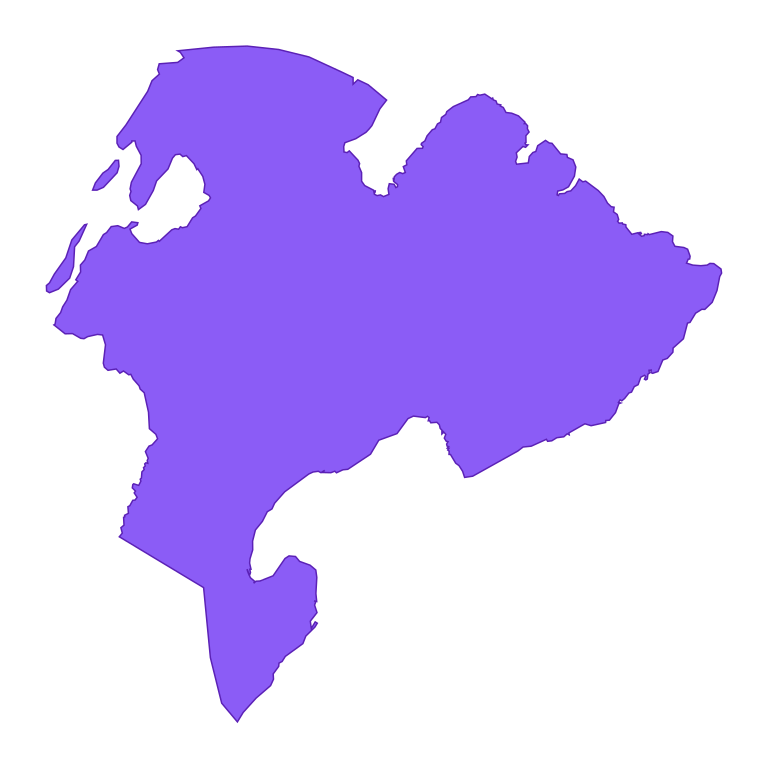 Buton, Sulawesi Tenggara, Indonesia (Albers equal-area conic projection)
{"feature_id": "22746128B86741169633217", "entity_name": "Buton", "entity_type": "district", "adm_level": 2, "iso_a3": "IDN", "parent_name": "Indonesia", "parent_adm1": "Sulawesi Tenggara", "projection": "albers", "projection_center": [122.919, -5.369], "detail": "fine", "context": "isolated", "style": "filled", "palette": "violet", "viewbox_px": 768, "rotation_deg": 0, "n_neighbors": 0, "source": "geoboundaries", "source_scale": "gbopen_adm2", "svg_char_len": 6071}
<svg xmlns="http://www.w3.org/2000/svg" viewBox="0 0 768 768"><path d="M386.6,100.1L368.1,84.7L357.8,79.8L353.1,84.2L353.1,77.5L342.9,72.6L309.1,57.0L278.7,49.5L247.2,46.1L213.4,47.2L177.7,50.8L180.3,52.3L184.0,57.8L177.7,62.4L159.2,63.8L157.6,69.6L159.4,74.1L152.0,80.7L147.7,91.3L125.9,125.0L117.0,136.5L117.0,143.2L119.0,147.0L123.0,149.5L131.8,142.2L131.8,141.0L135.0,140.9L136.3,146.2L141.1,155.3L141.2,163.8L131.4,182.2L130.1,188.9L131.0,191.4L129.7,195.4L130.8,200.6L137.5,206.0L138.4,209.6L145.5,204.4L153.3,190.5L156.6,180.9L168.0,169.0L172.5,158.1L175.4,154.7L180.0,154.1L182.8,156.6L186.4,155.6L194.0,163.7L196.8,169.6L197.8,168.7L202.8,176.4L204.9,184.3L203.8,192.4L209.1,195.4L210.5,197.9L208.5,200.9L199.8,205.8L200.9,208.5L195.5,216.0L192.6,217.8L187.1,226.7L182.4,227.7L180.4,226.8L178.6,229.2L175.0,228.6L171.8,229.8L159.3,241.3L158.4,240.4L156.5,242.0L147.4,243.8L139.5,242.4L131.8,233.7L130.0,229.1L137.2,225.1L137.9,222.7L131.7,221.9L127.4,227.0L124.3,228.4L117.8,225.7L111.2,226.6L106.6,232.6L103.4,234.6L96.4,246.5L88.5,251.0L84.8,260.0L80.4,265.1L80.6,272.0L75.8,279.8L77.8,281.3L70.6,289.6L66.9,300.2L62.7,306.8L60.6,312.6L56.0,318.4L55.1,324.1L53.9,324.9L65.1,333.8L72.5,333.6L80.7,338.3L84.0,338.7L87.7,336.6L97.5,334.4L102.6,335.0L105.5,344.8L103.3,363.2L104.4,367.2L108.0,370.3L116.2,369.0L119.9,373.2L123.5,371.0L128.8,374.8L130.8,374.3L133.3,379.2L139.1,385.8L140.2,389.1L144.2,392.7L148.5,412.2L149.4,428.7L155.9,434.3L157.6,438.8L152.1,444.9L149.0,446.1L145.4,451.6L148.2,458.3L147.2,460.5L147.8,463.3L145.9,462.8L144.7,463.9L145.2,466.0L143.5,467.7L144.2,469.5L141.9,471.9L141.4,478.1L140.2,479.2L140.9,481.1L138.7,485.4L133.7,483.8L132.8,484.6L132.3,487.9L135.5,491.1L134.2,492.9L137.1,497.3L135.0,500.1L132.8,500.3L129.8,505.7L127.9,506.7L128.4,513.3L124.6,515.3L124.8,516.8L123.6,517.3L124.0,525.1L120.9,527.7L122.3,533.1L119.3,536.8L203.6,587.6L210.4,657.7L221.7,703.2L237.4,721.9L243.2,712.4L256.1,698.1L270.6,685.6L273.5,679.2L273.2,673.9L278.7,666.4L279.0,663.1L282.1,661.5L285.3,656.4L302.9,643.6L305.8,636.1L314.9,627.1L317.3,623.2L315.2,621.9L311.3,628.4L310.3,621.2L317.0,612.6L314.6,605.1L315.8,601.5L314.0,600.9L316.7,601.5L315.9,593.5L316.8,577.4L315.8,570.0L310.1,565.2L299.6,561.4L295.5,556.5L289.0,555.9L285.0,558.5L273.1,575.8L260.0,581.0L256.0,581.2L253.7,583.2L254.6,581.3L250.5,577.8L248.9,574.6L247.4,570.7L247.1,569.1L249.5,575.5L250.5,572.6L249.8,569.2L251.0,569.2L249.6,563.1L250.0,558.8L252.7,549.9L252.6,541.1L255.4,530.0L262.4,521.4L267.3,511.7L272.0,508.9L274.6,503.2L284.7,491.8L308.8,474.0L313.1,472.0L318.3,471.3L321.0,472.7L324.6,470.3L322.8,472.5L330.9,472.7L334.8,471.2L336.5,472.8L342.9,469.8L347.8,469.3L370.5,454.2L378.8,440.2L397.0,433.6L408.0,418.6L413.4,416.1L425.4,417.6L427.5,416.3L429.1,417.5L428.2,420.8L429.6,420.8L430.8,422.8L436.9,422.3L439.3,424.7L440.2,428.4L443.5,431.9L441.9,431.5L441.9,434.0L443.9,432.2L445.8,434.3L444.3,438.1L446.2,441.2L448.0,441.7L446.6,444.1L447.1,446.1L448.6,446.6L447.3,448.1L448.9,448.3L447.7,450.0L449.2,451.2L449.0,454.4L450.5,454.5L455.7,463.2L459.0,465.6L462.6,471.3L464.6,477.4L472.7,476.2L517.9,451.0L523.1,447.0L531.2,446.2L546.4,439.3L547.6,441.3L551.8,440.8L556.8,437.7L563.8,436.8L567.2,433.8L569.2,434.8L568.9,432.9L584.9,423.8L591.1,425.7L605.6,422.5L605.8,420.5L609.4,420.2L615.5,412.6L618.8,403.7L620.7,403.0L618.5,402.4L620.1,399.8L621.8,400.8L624.6,398.5L628.9,393.0L631.5,392.1L634.3,386.6L638.1,384.7L640.8,377.2L644.5,375.3L645.7,376.5L644.4,379.1L645.8,379.9L647.3,379.0L647.9,374.2L649.4,373.1L649.0,370.3L651.2,370.1L650.9,372.6L652.7,373.3L658.0,371.5L662.8,360.0L667.3,358.4L672.9,352.2L673.1,348.0L683.4,338.8L687.5,323.1L690.0,322.4L695.6,313.2L701.8,309.3L704.8,309.4L712.2,302.3L717.0,290.5L719.7,276.6L721.6,273.1L721.0,269.0L713.8,263.6L709.9,263.4L707.2,265.1L700.8,265.7L692.8,265.1L686.5,263.1L688.2,259.2L689.7,259.0L690.1,256.2L687.6,249.2L683.9,247.5L674.9,246.3L672.5,241.7L672.9,236.0L667.8,232.4L661.3,231.6L649.3,234.6L648.0,233.7L647.6,234.6L644.4,234.3L644.2,235.6L641.6,236.3L637.6,232.8L631.8,234.3L626.0,227.1L625.8,224.7L622.7,224.0L622.3,222.9L619.2,223.2L617.6,221.3L618.7,219.5L617.2,214.5L613.5,211.8L614.1,207.2L611.2,206.7L607.5,203.1L603.9,196.5L598.3,190.6L585.6,181.1L582.8,181.8L579.2,179.1L575.6,185.7L570.8,190.9L567.1,191.6L564.7,193.4L559.4,193.8L558.4,195.5L557.1,194.9L557.7,191.1L562.9,189.9L568.5,186.8L574.4,176.2L575.8,167.0L573.0,159.8L567.4,157.4L566.9,154.5L560.6,153.9L552.0,143.3L549.3,143.0L545.5,140.4L537.7,145.7L535.8,151.5L532.9,152.5L529.3,156.5L528.3,162.9L516.6,164.2L515.6,161.4L517.1,157.1L516.3,152.8L522.9,146.5L525.6,147.3L527.9,144.9L525.8,144.8L525.0,143.1L526.0,142.5L525.9,135.7L529.1,132.0L527.4,128.8L527.6,125.8L525.7,123.6L524.3,123.6L525.0,122.2L518.5,115.9L511.7,113.2L506.0,112.5L503.3,107.5L500.3,106.0L500.8,104.9L497.1,104.0L496.0,100.9L493.3,99.9L492.7,98.1L491.9,98.8L484.8,94.1L479.8,95.2L477.6,94.5L476.0,96.6L470.7,96.9L468.3,99.8L453.3,106.6L446.8,111.6L445.8,114.4L441.5,117.5L440.5,122.2L437.5,123.9L434.9,128.8L432.3,129.7L427.1,135.8L424.9,140.9L421.5,143.3L421.2,144.7L423.1,146.6L422.5,148.3L417.1,148.4L406.3,160.9L406.8,164.8L403.3,166.6L405.3,172.5L402.7,173.6L399.7,172.5L396.6,174.3L394.3,176.8L394.0,180.5L393.2,177.7L393.6,181.3L397.6,184.6L397.5,186.7L395.9,187.6L394.1,184.3L389.3,183.7L388.1,188.7L388.9,194.4L383.5,196.6L380.5,194.9L377.1,195.6L374.4,194.3L373.6,190.2L364.7,185.6L361.6,181.2L361.6,172.6L358.9,166.2L359.6,163.6L358.0,160.2L349.3,150.9L347.1,152.6L344.0,152.0L343.7,146.6L344.9,142.7L355.8,138.7L366.1,132.2L369.2,128.9L371.9,125.6L379.9,108.8L386.6,100.1ZM49.5,292.7L58.4,289.1L69.7,278.1L73.5,266.7L74.6,246.8L79.1,241.1L86.7,224.3L84.5,224.8L71.8,240.0L65.8,257.9L54.4,274.0L49.5,282.9L46.4,285.5L46.6,291.0L49.5,292.7ZM118.5,160.3L115.3,160.4L108.1,169.5L102.9,173.1L95.4,182.9L92.6,190.1L97.1,190.1L103.5,187.3L117.1,172.8L119.0,166.3L118.5,160.3ZM640.7,232.4L639.2,232.6L639.7,234.1L641.4,233.7L640.7,232.4ZM375.1,192.1L375.4,190.2L374.5,193.2L375.1,192.1Z" fill="#8b5cf6" stroke="#5b21b6" stroke-width="1.5"/></svg>